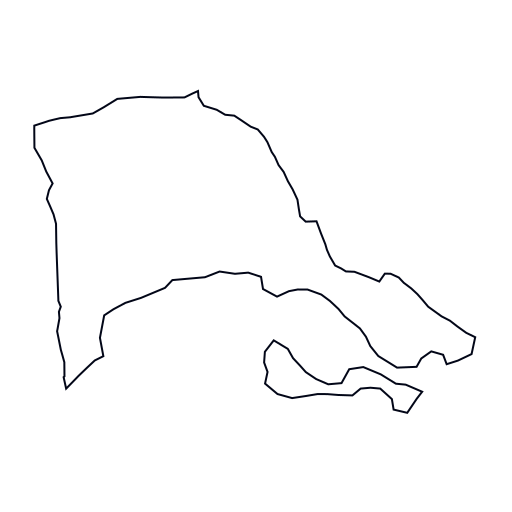 outline of Lysi, Cyprus, rotated 85°
{"feature_id": "46923920B59905101389216", "entity_name": "Lysi", "entity_type": "district", "adm_level": 2, "iso_a3": "CYP", "parent_name": "Cyprus", "parent_adm1": "", "projection": "mercator", "projection_center": [33.705, 35.109], "detail": "fine", "context": "isolated", "style": "outline", "palette": "ink", "viewbox_px": 512, "rotation_deg": 85, "n_neighbors": 0, "source": "geoboundaries", "source_scale": "gbopen_adm2", "svg_char_len": 2166}
<svg xmlns="http://www.w3.org/2000/svg" viewBox="0 0 512 512"><g transform="rotate(85 256 256)"><path d="M88.4,304.6L91.8,313.4L90.1,334.4L89.2,342.2L88.7,346.5L87.4,357.4L87.4,362.9L87.4,380.5L94.5,394.6L99.8,406.2L99.8,406.3L101.5,428.0L101.6,428.7L101.6,439.0L102.5,445.3L103.3,450.5L104.3,454.6L105.5,459.9L106.8,465.5L109.9,465.8L117.4,466.4L128.9,467.3L142.1,461.1L153.6,457.6L158.5,455.5L166.0,452.3L172.4,456.5L175.9,457.7L180.9,459.4L189.4,456.5L196.2,454.3L196.7,454.1L206.5,452.4L225.6,453.8L234.5,454.3L282.1,456.7L283.4,456.8L289.5,454.9L294.4,457.2L300.8,457.2L311.9,460.2L313.6,460.7L317.9,460.2L332.4,458.6L338.6,457.4L345.1,456.2L359.2,457.3L359.9,458.2L371.6,456.7L362.3,445.9L360.1,443.4L352.2,433.6L346.0,425.7L342.5,416.8L323.9,418.6L301.9,412.4L296.6,402.6L291.3,390.2L287.7,374.2L279.8,349.4L272.7,341.4L272.7,328.2L272.7,308.7L268.3,293.6L271.9,278.5L271.9,265.2L277.2,252.8L289.5,251.9L298.3,238.6L293.9,226.2L293.0,217.4L293.9,207.6L300.1,194.3L307.2,186.3L316.0,178.4L323.9,173.0L337.2,158.8L346.0,153.5L355.7,150.0L366.3,142.9L374.2,132.3L379.5,125.2L380.4,105.7L372.5,100.3L366.3,89.7L370.7,78.2L380.4,75.5L377.8,64.0L372.5,49.8L356.0,44.7L350.9,53.2L343.6,61.7L337.3,68.5L332.3,76.4L321.5,88.9L314.2,94.0L308.0,98.6L301.8,104.2L295.6,111.1L289.9,115.6L285.4,123.5L284.8,129.2L292.2,135.4L287.1,145.1L280.3,159.3L279.2,167.8L275.8,172.3L272.4,178.0L262.8,182.5L256.0,184.8L250.4,185.9L239.1,189.3L226.7,192.7L226.1,203.5L220.4,208.6L213.1,209.2L203.5,209.8L192.8,213.7L184.3,217.7L174.7,221.1L167.4,225.6L158.9,228.5L153.8,231.3L143.6,234.7L138.0,237.6L130.1,243.2L126.7,250.0L119.3,259.1L114.3,265.4L112.6,274.4L106.9,282.4L101.8,294.9L92.8,299.4L86.6,299.4L88.5,304.8L88.4,304.6ZM405.7,102.3L397.2,118.1L395.4,127.8L384.8,142.0L376.0,158.8L376.9,173.0L390.1,181.9L390.1,195.2L383.9,206.7L376.0,216.5L368.9,221.8L361.0,228.0L351.3,232.4L341.6,245.7L352.2,255.5L362.8,257.2L372.5,254.6L383.9,258.1L395.4,246.6L400.7,232.4L399.8,218.2L398.9,206.7L399.8,197.0L401.6,186.3L403.3,172.1L397.2,163.3L397.2,153.5L398.9,143.8L410.4,133.1L421.0,132.3L425.4,119.0L412.2,108.3L405.7,102.3Z" fill="none" stroke="#020617" stroke-width="2"/></g></svg>